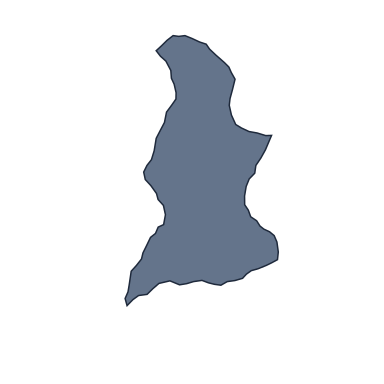 the district of São Francisco, São Paulo, Brazil, rotated 34°
{"feature_id": "56859067B66233126169739", "entity_name": "São Francisco", "entity_type": "district", "adm_level": 2, "iso_a3": "BRA", "parent_name": "Brazil", "parent_adm1": "São Paulo", "projection": "natural_earth1", "projection_center": [-50.676, -20.373], "detail": "fine", "context": "isolated", "style": "filled", "palette": "slate", "viewbox_px": 384, "rotation_deg": 34, "n_neighbors": 0, "source": "geoboundaries", "source_scale": "gbopen_adm2", "svg_char_len": 1354}
<svg xmlns="http://www.w3.org/2000/svg" viewBox="0 0 384 384"><g transform="rotate(34 192 192)"><path d="M300.7,200.3L297.1,193.5L290.4,186.0L284.5,182.2L278.6,181.6L272.3,182.6L267.4,182.2L261.7,179.7L254.5,179.7L248.9,175.6L242.8,173.1L237.8,165.9L233.8,157.1L232.1,149.2L233.5,141.3L230.1,134.3L230.1,125.3L229.3,116.0L226.3,100.6L221.6,104.0L213.1,106.6L205.4,110.0L197.1,111.3L190.5,111.6L181.7,106.2L174.4,99.3L171.3,93.3L168.3,84.5L164.6,74.4L157.8,71.0L152.7,67.8L146.6,66.6L134.9,65.1L126.6,63.7L121.1,61.5L114.4,63.4L106.2,64.7L98.7,66.3L94.0,70.4L88.9,72.9L86.5,80.2L85.0,87.7L83.3,94.9L90.0,97.1L97.2,98.1L106.5,103.1L111.3,109.2L116.9,112.6L123.3,118.6L126.7,123.9L126.6,131.1L126.2,140.0L130.3,149.8L131.3,158.9L132.3,167.5L137.6,179.0L140.3,187.9L139.8,195.1L140.8,202.5L146.3,207.8L154.3,209.7L163.4,213.1L168.1,217.2L175.8,219.1L182.7,225.7L186.7,234.9L183.6,240.0L184.9,246.8L183.0,252.8L184.3,261.7L185.4,269.9L187.6,275.8L187.0,284.0L185.9,291.7L188.3,296.7L191.9,304.2L194.8,310.6L196.1,317.7L201.7,322.5L203.2,314.3L205.6,307.7L212.0,302.0L213.6,294.1L215.7,286.3L223.4,278.0L233.6,275.9L238.9,270.9L243.4,265.4L249.7,259.7L256.4,258.1L262.2,256.0L268.1,253.1L271.3,246.6L277.1,241.4L282.2,235.3L283.0,229.8L285.1,224.1L289.6,218.8L294.7,211.2L297.6,206.2L300.7,200.3Z" fill="#64748b" stroke="#1e293b" stroke-width="1.5"/></g></svg>